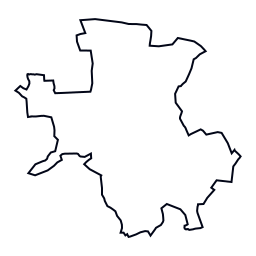 the district of Dambatta, Kano, Nigeria
{"feature_id": "59680162B98747212970025", "entity_name": "Dambatta", "entity_type": "district", "adm_level": 2, "iso_a3": "NGA", "parent_name": "Nigeria", "parent_adm1": "Kano", "projection": "albers", "projection_center": [8.601, 12.428], "detail": "fine", "context": "isolated", "style": "outline", "palette": "ink", "viewbox_px": 256, "rotation_deg": 0, "n_neighbors": 0, "source": "geoboundaries", "source_scale": "gbopen_adm2", "svg_char_len": 2893}
<svg xmlns="http://www.w3.org/2000/svg" viewBox="0 0 256 256"><path d="M202.6,227.1L197.5,212.9L197.1,210.9L197.5,207.0L197.6,206.3L197.9,205.8L198.0,204.3L203.5,204.0L207.3,197.8L214.3,189.9L211.3,187.7L216.6,180.3L231.5,182.0L233.3,166.4L235.4,163.7L238.2,159.4L239.6,157.9L240.3,156.8L240.6,156.4L239.8,155.5L238.8,154.4L236.9,152.6L234.7,150.6L234.5,149.9L231.7,153.3L227.8,143.2L221.8,133.2L221.6,132.9L217.7,132.1L206.3,134.6L203.0,130.7L200.7,129.4L190.8,134.1L188.7,135.4L186.2,129.7L185.7,128.3L184.8,126.8L183.8,125.8L180.0,118.7L180.0,117.4L180.3,116.2L181.4,113.3L182.0,111.3L175.7,102.7L175.1,93.8L178.6,86.4L180.9,86.1L181.4,85.4L182.8,83.9L185.7,81.5L189.0,74.3L191.5,68.3L193.7,59.3L196.0,58.0L199.8,54.3L205.6,51.2L204.3,49.7L200.9,46.1L194.3,41.5L190.9,40.7L177.8,38.0L176.3,39.8L172.4,44.4L158.8,46.3L149.7,45.7L149.9,43.4L150.4,40.6L151.1,36.1L151.4,30.9L146.6,25.0L141.5,24.6L136.8,24.1L128.7,24.0L121.7,22.4L95.1,19.1L87.2,19.7L80.4,20.2L85.3,33.1L80.5,34.0L76.6,35.4L77.0,41.6L80.2,50.5L90.7,50.6L92.7,63.5L91.7,70.8L91.8,73.0L92.3,83.3L91.0,89.8L90.4,91.7L76.3,92.3L69.9,92.6L63.3,92.9L60.7,93.0L55.2,93.2L53.7,90.2L54.5,88.4L54.4,86.1L53.6,83.2L53.2,80.5L44.4,80.8L44.2,79.6L44.0,75.2L36.5,74.2L34.9,74.6L34.4,74.6L33.9,74.4L33.4,74.3L33.0,74.3L32.3,74.3L31.8,74.3L31.4,74.2L30.9,74.1L30.5,74.1L30.1,74.2L29.7,74.3L29.2,74.5L28.6,74.4L28.1,74.0L27.5,74.2L27.3,74.9L27.3,75.6L27.4,76.4L27.5,76.9L27.6,77.5L28.1,79.0L29.3,81.2L29.4,83.5L28.5,86.0L26.5,89.5L23.3,88.2L20.3,86.0L15.4,90.6L18.9,92.8L22.1,96.3L24.1,97.3L26.3,98.7L26.6,101.5L27.3,112.4L28.0,117.0L31.5,116.5L31.5,116.4L35.6,116.5L41.1,115.9L43.9,115.8L51.3,117.3L54.1,126.8L54.5,130.3L54.3,136.2L57.9,139.8L55.2,151.2L50.8,152.5L47.7,156.5L47.5,157.5L47.0,158.9L45.2,160.5L42.8,161.2L35.4,164.3L28.4,173.2L35.1,175.3L47.7,170.4L54.0,165.8L57.3,162.4L61.8,159.9L60.4,155.7L62.3,154.1L64.7,153.7L70.8,153.6L76.7,153.5L78.0,153.9L79.6,156.0L80.5,156.5L84.7,156.9L90.9,153.6L91.1,157.0L91.2,158.3L88.8,159.9L86.3,162.0L84.2,164.2L86.6,166.4L89.7,169.2L101.3,175.4L100.7,176.6L102.0,188.0L102.0,194.7L104.2,198.4L104.8,200.9L107.4,206.1L110.5,207.7L113.2,209.6L115.4,211.3L117.1,215.9L120.7,220.4L121.9,224.7L122.0,228.1L121.9,228.4L120.6,232.7L122.5,232.7L123.6,232.7L125.4,235.4L127.2,234.2L127.3,234.5L127.9,235.6L128.6,236.9L130.3,236.5L133.9,235.2L136.1,234.4L140.4,232.3L145.1,231.1L148.0,231.4L148.1,231.6L150.0,234.7L150.5,235.6L155.0,229.4L156.0,227.8L160.9,225.0L162.9,222.0L163.4,220.5L163.2,217.3L162.9,214.1L161.4,208.3L166.8,204.0L180.4,209.3L185.3,215.0L187.7,224.3L187.0,224.8L185.9,225.3L185.6,225.4L185.3,225.6L184.6,225.7L184.6,226.0L184.5,226.8L184.4,227.4L184.6,228.0L184.7,228.6L185.4,229.1L185.7,229.3L187.0,229.1L187.1,229.3L187.5,229.2L188.1,229.1L189.2,229.9L190.6,229.7L193.1,229.3L194.3,228.9L195.6,228.6L200.4,228.1L202.6,227.1Z" fill="none" stroke="#020617" stroke-width="2"/></svg>